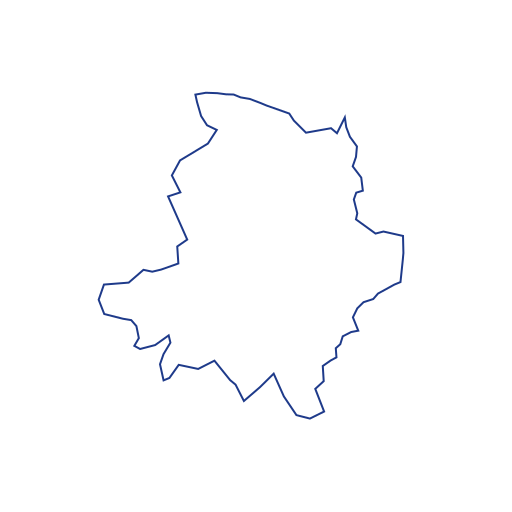 outline of Santo Expedito do Sul, Rio Grande do Sul, Brazil, rotated 322°
{"feature_id": "56859067B67649828146621", "entity_name": "Santo Expedito do Sul", "entity_type": "district", "adm_level": 2, "iso_a3": "BRA", "parent_name": "Brazil", "parent_adm1": "Rio Grande do Sul", "projection": "mercator", "projection_center": [-51.663, -27.922], "detail": "fine", "context": "isolated", "style": "outline", "palette": "blue", "viewbox_px": 512, "rotation_deg": 322, "n_neighbors": 0, "source": "geoboundaries", "source_scale": "gbopen_adm2", "svg_char_len": 1279}
<svg xmlns="http://www.w3.org/2000/svg" viewBox="0 0 512 512"><g transform="rotate(322 256 256)"><path d="M118.6,184.9L105.1,193.6L100.7,208.3L112.5,223.5L118.2,229.7L118.6,237.6L113.1,248.6L104.8,251.9L107.4,257.9L121.7,264.1L138.3,264.8L135.2,271.6L122.7,276.4L113.7,282.2L106.6,297.1L112.7,298.8L128.1,294.2L140.9,309.4L158.8,312.9L159.2,337.9L160.7,344.8L157.2,362.8L178.4,361.8L197.5,359.6L191.5,383.8L189.9,406.3L198.4,417.3L213.9,420.5L220.9,397.2L232.3,396.3L240.9,383.8L250.5,384.3L257.0,385.4L262.1,377.8L268.1,377.4L274.9,372.7L284.2,374.5L290.6,377.8L294.6,364.0L303.6,359.6L312.3,358.6L321.9,362.1L329.0,360.7L347.4,363.7L353.8,365.5L369.5,349.2L374.0,344.4L384.2,330.7L371.5,315.2L364.0,311.9L357.3,288.7L362.1,284.7L367.9,271.7L374.0,267.8L380.4,270.3L387.2,259.0L387.4,244.9L395.8,239.5L403.0,231.8L403.4,219.9L406.4,210.1L411.3,201.5L395.4,209.1L393.8,201.5L371.3,189.6L369.2,172.6L369.9,164.2L357.0,144.0L353.8,138.3L347.8,128.4L341.5,121.5L337.8,115.0L331.9,110.1L325.8,103.9L317.0,96.5L307.6,91.5L304.3,98.4L298.9,111.9L297.9,122.8L302.7,132.5L287.3,137.8L255.0,133.9L239.3,140.7L235.6,159.3L223.4,154.9L211.9,200.7L199.8,200.0L190.2,214.1L172.9,208.3L164.6,204.5L158.8,197.6L139.3,198.6L118.6,184.9Z" fill="none" stroke="#1e3a8a" stroke-width="2"/></g></svg>